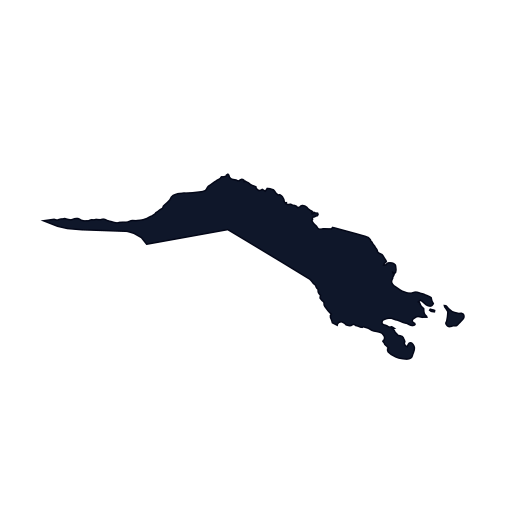 Cândido Mendes, Maranhão, Brazil (Equal Earth projection), rotated 100°
{"feature_id": "56859067B23777236022045", "entity_name": "Cândido Mendes", "entity_type": "district", "adm_level": 2, "iso_a3": "BRA", "parent_name": "Brazil", "parent_adm1": "Maranhão", "projection": "equal_earth", "projection_center": [-45.636, -1.694], "detail": "fine", "context": "isolated", "style": "filled", "palette": "ink", "viewbox_px": 512, "rotation_deg": 100, "n_neighbors": 0, "source": "geoboundaries", "source_scale": "gbopen_adm2", "svg_char_len": 6039}
<svg xmlns="http://www.w3.org/2000/svg" viewBox="0 0 512 512"><g transform="rotate(100 256 256)"><path d="M184.2,294.3L182.9,295.9L181.1,296.8L180.3,297.9L181.5,299.2L182.7,299.4L183.7,301.9L184.0,303.8L185.0,304.3L185.9,304.7L186.7,305.6L188.1,307.5L189.2,308.5L190.2,309.7L192.8,312.2L193.8,313.1L194.5,313.9L195.5,315.0L196.8,315.7L199.1,316.5L200.4,317.3L201.8,319.8L202.6,322.3L203.7,326.0L204.9,330.1L205.4,332.4L205.8,334.0L206.2,335.9L206.5,338.0L207.3,340.4L207.7,342.1L208.2,343.8L209.5,346.2L210.7,348.1L212.7,349.6L215.7,350.6L218.7,352.6L221.6,354.9L223.0,355.9L224.6,356.1L225.5,356.6L226.8,358.3L228.0,359.4L229.1,360.3L230.8,362.2L232.0,362.7L232.7,363.4L233.7,364.5L234.7,365.5L235.3,366.6L236.8,368.6L237.5,369.4L238.2,370.3L239.0,371.9L239.7,373.1L240.5,375.1L241.1,377.0L241.6,378.9L242.1,380.4L242.5,383.9L243.0,385.3L244.9,388.4L245.4,390.2L245.7,392.3L246.6,396.3L247.3,397.7L247.6,399.0L247.6,400.9L247.5,402.4L247.2,404.9L247.2,406.2L247.0,407.6L246.9,408.9L246.5,410.0L246.2,411.3L246.2,412.7L246.6,414.0L247.3,415.5L247.6,417.9L247.7,419.8L248.4,421.4L248.7,422.6L248.8,424.2L249.4,425.5L250.4,427.0L251.3,431.5L251.2,433.1L251.1,434.4L250.3,436.4L250.0,437.9L250.2,439.3L250.8,441.2L252.0,443.3L252.6,444.7L252.6,446.0L252.6,447.7L252.5,449.1L252.3,450.9L253.0,452.6L253.3,454.0L253.7,455.2L254.6,457.0L255.2,458.0L255.1,459.5L254.9,461.2L258.2,471.4L261.2,456.6L261.7,446.5L260.4,432.2L254.1,387.3L254.4,384.0L254.9,380.1L257.8,372.0L263.4,365.7L234.9,288.4L238.0,280.3L241.9,270.1L257.8,228.9L268.7,201.1L269.4,199.2L270.2,198.0L271.6,196.3L272.7,195.2L273.7,193.7L274.4,192.3L276.1,191.4L277.3,190.3L278.1,189.0L279.7,188.8L281.2,188.2L282.5,187.0L283.5,185.6L285.2,185.7L286.3,185.6L287.2,184.6L288.4,183.2L289.1,181.9L289.9,181.0L292.4,180.4L293.8,179.4L296.6,176.4L297.6,175.3L299.2,173.2L300.2,171.7L301.7,172.4L303.6,172.0L305.4,170.8L307.2,169.8L308.5,169.2L310.1,164.0L309.1,164.0L308.1,163.6L307.2,163.0L306.4,161.8L305.9,160.1L306.5,158.2L307.1,156.7L308.2,155.3L308.4,152.9L308.4,151.4L307.8,150.0L306.8,149.0L306.3,147.9L306.6,146.7L307.2,145.7L307.2,144.3L307.5,142.6L307.9,140.8L307.8,138.9L307.0,138.1L307.3,135.7L307.5,133.8L307.8,132.4L309.1,129.0L309.4,126.9L309.4,124.4L309.5,122.1L309.7,120.3L310.2,118.5L311.4,117.1L312.4,116.1L313.5,115.3L316.1,115.1L317.1,116.0L318.1,116.2L318.8,115.3L319.7,114.4L320.6,113.9L321.3,112.9L322.1,111.5L322.9,110.6L323.5,109.4L324.7,110.3L326.2,110.0L327.5,109.2L328.8,107.0L329.5,105.8L329.9,104.6L331.1,101.0L331.4,99.4L331.7,97.6L331.7,96.3L331.7,94.1L331.6,92.3L331.5,90.8L331.4,89.6L330.7,87.6L329.8,86.1L328.8,85.2L327.9,84.9L326.8,84.7L325.1,84.5L323.9,84.2L322.9,84.1L321.6,83.9L320.1,83.9L318.7,84.1L317.3,84.8L316.1,85.8L315.4,86.6L314.7,87.6L314.6,88.8L315.1,89.9L316.5,90.7L319.1,91.4L318.3,93.5L316.0,95.0L314.7,94.5L313.2,95.2L312.2,96.0L311.0,96.7L309.9,98.0L309.5,100.1L309.5,102.3L308.8,103.3L308.1,104.0L307.3,105.3L306.5,106.1L305.1,107.1L303.6,110.1L303.6,108.6L303.2,107.3L302.5,108.9L302.1,110.2L302.8,111.6L302.8,113.1L302.1,114.6L301.7,116.3L301.6,118.0L301.0,119.8L299.7,120.4L298.2,120.4L296.9,119.7L295.2,116.9L294.7,115.8L294.2,114.3L293.8,111.7L294.2,109.8L294.6,107.3L294.6,105.7L295.2,102.6L295.6,101.0L295.9,99.6L296.1,97.8L296.2,95.4L296.7,94.2L297.3,91.9L297.4,90.0L296.8,88.4L295.9,87.5L294.8,88.0L294.2,89.7L293.2,90.7L292.1,90.9L291.1,90.6L290.0,89.6L289.0,88.5L287.9,87.3L287.4,85.5L287.5,81.5L287.1,80.2L286.6,77.1L285.7,77.6L284.8,79.0L283.5,80.2L282.0,80.9L280.5,81.3L278.7,81.7L277.0,84.3L276.1,85.2L274.5,86.2L273.5,87.0L273.0,88.1L271.0,86.4L271.6,84.8L274.5,80.0L275.0,78.4L275.2,76.7L275.0,75.2L274.3,74.2L273.1,73.5L272.1,73.1L271.3,73.7L270.4,74.5L269.2,75.2L266.6,76.3L266.0,77.8L265.2,80.8L264.9,82.7L264.5,83.8L264.3,85.2L264.2,87.5L263.9,89.0L263.7,90.9L263.8,92.5L264.2,93.7L265.7,96.7L266.1,99.8L266.0,101.4L265.2,106.1L264.4,108.2L262.2,113.0L261.4,114.9L260.2,116.5L258.6,117.8L257.3,118.1L255.9,118.0L254.1,117.5L253.0,117.7L251.6,117.1L250.3,116.8L249.2,118.3L248.2,118.6L248.9,116.4L247.9,115.7L245.4,115.7L243.5,116.2L242.6,116.5L241.7,116.7L240.6,117.3L239.6,119.0L239.3,120.2L239.3,122.1L239.6,123.9L240.2,125.2L241.1,125.9L242.1,126.4L242.7,128.7L241.2,128.5L240.1,127.5L238.8,126.7L237.8,127.3L235.7,129.3L233.5,131.2L232.7,132.2L231.7,135.7L230.5,137.3L229.5,137.5L228.4,138.3L227.6,139.2L226.7,140.1L225.7,140.8L224.8,141.9L223.4,143.4L222.3,144.1L221.4,145.5L220.1,146.2L218.3,148.6L217.6,152.2L217.3,155.5L216.7,161.2L214.7,183.2L214.6,185.6L216.3,186.4L216.4,187.7L216.7,189.2L217.0,191.5L217.5,194.6L218.3,196.6L218.6,198.5L218.2,199.7L216.1,201.7L214.7,203.9L213.7,205.2L211.6,207.2L210.3,206.6L209.2,207.1L207.8,206.6L207.3,205.2L206.3,204.0L205.6,202.5L204.2,202.1L203.1,202.8L203.4,204.8L203.0,206.1L204.2,206.8L204.8,208.1L203.5,208.7L202.8,207.7L202.1,208.8L201.6,210.6L200.4,213.0L199.2,214.4L198.3,216.5L198.2,217.8L198.2,219.2L199.0,220.6L200.1,221.3L201.2,223.4L200.0,224.7L199.5,226.9L199.7,228.7L199.2,229.8L199.0,231.1L199.8,233.4L199.4,235.6L198.2,235.4L198.5,236.7L197.8,237.5L195.5,238.4L193.2,240.2L192.3,241.4L191.5,243.2L192.1,245.0L191.0,246.6L190.4,247.6L189.1,248.7L187.8,250.3L187.3,254.0L187.5,256.7L189.0,257.3L190.6,258.2L189.3,261.4L190.4,262.7L191.1,264.6L189.5,267.5L187.9,268.1L187.4,270.3L187.2,271.8L186.5,274.0L185.7,275.3L185.1,276.6L184.7,278.3L184.1,279.7L184.8,280.5L183.5,281.0L183.0,282.1L182.9,283.3L183.7,284.7L185.0,285.8L185.1,287.2L184.6,288.8L184.6,291.2L184.6,292.7L184.2,294.3ZM290.9,56.2L291.7,55.2L292.1,53.5L291.4,51.5L290.4,49.6L290.2,47.8L289.8,46.4L288.7,45.5L287.1,44.5L286.1,43.7L284.8,42.9L283.3,41.9L281.8,41.0L280.6,40.6L279.2,40.7L278.1,41.1L277.1,42.1L276.7,43.9L277.4,46.3L277.1,50.8L276.7,53.2L275.8,54.8L274.3,57.4L272.6,59.4L272.0,60.4L272.1,61.9L273.4,61.3L274.7,59.9L277.5,57.4L280.2,57.1L282.9,56.9L285.2,56.9L287.0,56.9L288.9,57.4L289.8,57.2L290.9,56.2ZM280.1,73.9L280.1,72.1L280.0,70.6L278.6,70.6L278.3,72.1L278.3,73.5L278.1,75.1L279.2,75.6L280.1,73.9Z" fill="#0f172a" stroke="#020617" stroke-width="1.5"/></g></svg>